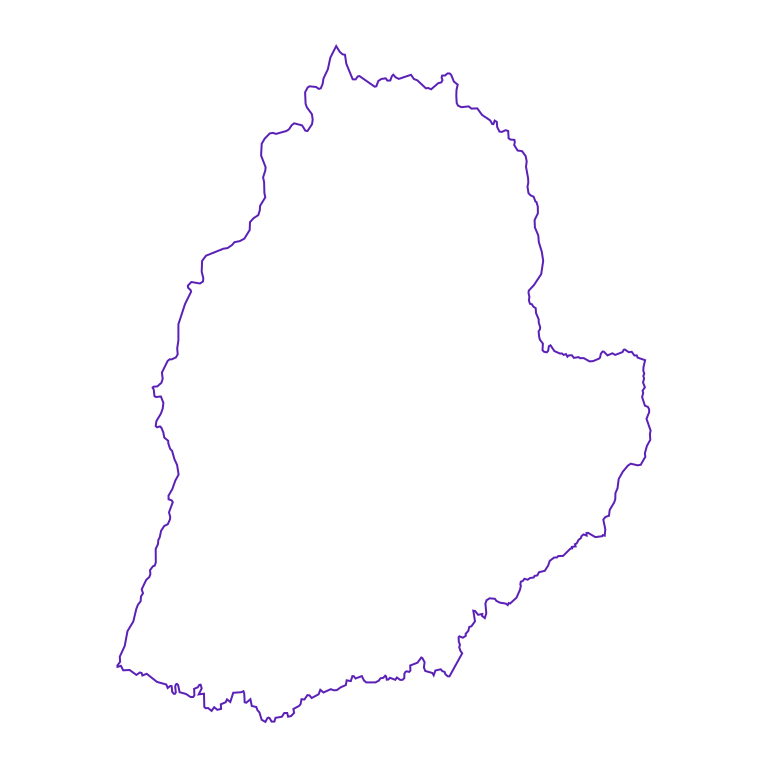 the district of Mercaderes, Cauca, Colombia
{"feature_id": "7082276B43653558961889", "entity_name": "Mercaderes", "entity_type": "district", "adm_level": 2, "iso_a3": "COL", "parent_name": "Colombia", "parent_adm1": "Cauca", "projection": "equal_earth", "projection_center": [-77.166, 1.806], "detail": "fine", "context": "isolated", "style": "outline", "palette": "violet", "viewbox_px": 768, "rotation_deg": 0, "n_neighbors": 0, "source": "geoboundaries", "source_scale": "gbopen_adm2", "svg_char_len": 6077}
<svg xmlns="http://www.w3.org/2000/svg" viewBox="0 0 768 768"><path d="M336.2,46.1L330.3,57.7L327.9,69.2L323.5,78.5L322.6,84.0L320.8,88.3L318.8,88.9L316.1,87.0L309.7,86.3L307.7,87.4L305.1,92.3L305.6,103.8L306.8,107.2L311.9,114.2L312.7,119.7L312.0,124.2L307.5,131.0L305.4,130.7L302.1,125.4L294.2,123.3L291.8,125.1L289.0,129.3L286.4,131.0L276.0,133.9L273.0,132.9L269.8,133.4L264.7,138.6L261.7,143.8L261.1,155.5L265.6,167.2L265.3,170.5L263.1,177.3L264.1,182.2L264.4,193.0L265.3,197.3L260.1,205.8L259.8,210.3L258.3,215.1L253.7,218.1L250.0,222.1L249.7,230.0L244.4,238.6L239.8,241.1L234.4,242.2L232.2,244.9L227.5,248.1L223.4,248.7L206.0,255.7L202.1,260.9L201.7,271.8L203.3,278.1L203.0,281.5L199.9,283.5L191.4,282.0L187.9,285.6L188.0,287.6L190.7,290.2L191.1,291.7L185.0,304.1L178.4,324.3L178.4,340.3L177.2,348.4L177.7,354.3L175.9,357.4L171.9,359.3L169.6,359.3L167.6,361.0L161.9,372.6L162.7,378.8L161.4,382.8L157.3,386.4L153.5,386.7L152.6,387.7L153.7,389.4L154.5,396.2L155.9,397.0L160.9,396.5L163.4,402.9L162.7,408.6L160.9,413.6L156.4,421.1L155.7,426.1L157.1,427.3L160.0,426.4L161.4,427.8L163.3,432.4L164.3,437.6L168.2,440.8L168.3,443.3L170.1,448.8L172.1,450.9L174.4,459.1L177.1,465.0L178.6,474.6L175.4,480.4L172.3,489.1L168.5,495.7L168.6,499.3L171.7,500.4L172.8,502.1L169.0,512.3L170.2,516.9L170.0,519.3L167.8,524.2L164.2,526.0L161.1,530.8L159.7,537.4L158.3,540.1L158.0,544.1L155.7,548.9L155.8,562.5L154.7,565.7L152.9,566.3L150.0,570.2L150.4,574.1L149.3,577.1L146.2,579.9L141.7,589.3L143.0,593.3L141.0,596.4L140.6,601.3L137.9,604.8L136.3,608.9L133.3,621.5L127.5,631.1L124.7,646.0L119.8,656.6L120.1,661.8L117.4,665.5L117.5,666.9L120.9,665.8L123.2,670.3L129.6,670.0L136.4,674.9L139.9,672.5L141.7,673.1L142.4,675.5L146.7,673.8L157.0,681.9L166.3,684.5L167.7,688.0L170.3,685.9L171.6,686.1L172.2,691.8L173.8,693.8L174.9,693.8L175.8,692.5L175.2,686.4L175.9,684.4L176.9,683.9L178.1,685.0L179.6,692.2L186.1,694.0L190.5,697.0L193.2,697.0L194.4,695.3L194.1,688.9L197.8,687.3L199.3,684.9L200.6,684.7L201.7,688.4L198.7,694.4L204.0,693.7L204.3,706.9L205.6,708.2L208.2,708.1L211.6,710.9L214.2,707.2L217.3,709.8L221.1,708.9L220.8,704.3L225.6,702.3L227.0,699.4L230.3,702.0L233.2,692.8L241.3,692.2L243.4,691.2L244.2,693.3L244.7,702.3L246.3,702.7L250.4,699.2L251.8,706.0L256.3,707.0L257.4,710.1L259.4,712.4L261.7,719.8L265.4,721.9L267.3,718.2L268.4,717.6L269.6,718.1L271.6,721.6L274.4,721.6L275.5,717.8L281.8,716.8L284.3,713.0L287.2,713.0L288.1,716.7L291.2,716.0L294.1,712.8L293.4,709.0L299.1,705.9L300.6,704.1L301.5,699.2L304.4,699.5L307.4,695.1L309.5,695.4L311.7,698.0L318.6,694.3L320.3,689.8L323.4,692.5L330.7,689.2L333.9,690.3L336.9,690.1L340.7,687.3L345.8,685.1L346.7,680.3L350.8,681.1L352.4,676.1L353.9,676.3L355.5,678.5L361.8,676.1L364.0,680.5L366.2,682.4L375.5,682.4L378.7,680.7L380.5,678.3L383.3,677.8L385.2,675.7L386.1,676.4L386.8,679.7L388.3,679.5L390.0,677.8L395.3,679.8L396.9,677.5L400.2,679.9L402.6,679.8L404.3,678.1L404.4,673.7L405.3,672.1L406.5,671.3L409.2,671.9L410.4,670.6L410.2,665.5L417.5,662.7L421.3,657.5L422.3,658.0L424.6,662.2L423.9,667.5L425.3,671.0L432.4,673.0L433.7,675.3L435.4,670.5L440.7,669.3L442.4,671.2L444.6,671.9L445.4,674.3L447.8,676.3L449.5,676.3L462.2,653.3L460.4,650.8L459.2,647.1L460.0,644.9L458.8,641.7L458.6,637.2L459.4,636.3L462.8,637.7L465.7,635.9L465.7,633.8L468.3,630.9L469.3,626.9L471.4,626.3L475.0,621.3L473.3,610.7L475.2,611.1L478.1,614.8L482.3,614.0L482.0,615.8L484.8,618.1L486.3,613.3L485.4,603.5L486.6,600.2L489.7,598.3L494.9,598.8L496.3,600.8L499.7,602.6L505.8,603.6L507.7,605.1L508.7,603.0L510.0,603.6L516.5,597.7L520.0,589.7L520.9,585.5L520.3,584.5L520.8,581.7L522.9,580.9L524.4,578.8L527.7,579.7L530.1,578.0L533.7,577.5L534.6,575.9L537.3,575.4L539.0,572.2L544.8,570.8L548.2,565.5L549.7,560.9L554.0,557.6L557.0,557.4L558.2,556.1L563.1,555.9L570.5,548.5L572.1,548.4L571.9,546.9L575.6,546.4L574.9,544.2L576.7,543.4L578.6,539.8L580.8,538.2L581.5,536.1L583.6,534.4L586.6,535.6L586.5,533.0L588.0,532.8L595.3,537.1L602.2,536.2L602.8,535.1L604.7,535.7L605.3,529.3L603.3,519.6L605.4,517.0L609.0,515.7L609.7,509.9L614.2,502.4L615.3,499.0L615.4,493.2L617.5,488.3L618.7,479.0L622.8,471.7L627.8,465.7L630.8,463.7L637.5,465.3L640.7,464.8L645.3,456.8L644.9,453.2L646.9,445.9L650.3,439.8L649.9,434.0L650.6,430.6L646.5,418.8L649.2,412.1L649.1,409.2L648.0,407.0L644.9,405.6L642.1,397.1L643.2,393.0L642.6,390.7L644.9,387.3L643.0,382.4L644.1,378.7L643.3,375.9L644.3,373.8L643.3,370.7L643.5,367.1L645.1,360.2L637.6,357.6L636.8,355.4L634.4,355.5L631.7,351.8L628.8,352.2L624.8,349.5L623.7,349.8L622.5,352.1L615.2,354.9L612.3,353.3L607.5,355.4L604.0,351.8L602.6,351.5L600.8,353.8L600.1,357.4L599.1,358.6L593.1,361.1L589.6,361.4L583.7,358.1L580.1,358.2L578.6,357.1L573.9,357.9L571.8,355.2L568.6,355.5L567.4,356.7L566.0,354.1L563.7,354.9L561.8,353.4L560.1,353.6L554.4,351.1L550.5,345.3L548.9,346.2L548.1,350.9L546.8,352.3L544.1,351.8L542.5,350.2L542.9,343.6L540.1,340.0L539.3,337.7L538.6,331.4L540.0,329.2L540.2,327.3L538.7,322.5L538.7,319.4L536.0,313.0L535.7,308.2L533.2,306.5L532.0,304.3L530.0,303.8L528.9,300.4L529.4,296.9L528.5,292.8L528.8,290.6L534.0,285.0L541.2,274.1L543.2,260.9L541.8,251.8L538.8,242.0L538.3,235.5L534.9,227.4L534.6,220.0L537.9,213.3L537.8,206.6L536.5,202.1L535.5,201.6L533.6,196.7L530.5,195.3L528.5,193.2L527.5,186.7L528.3,182.6L528.1,178.3L526.0,166.7L526.7,161.5L525.7,156.2L522.1,151.2L517.6,150.5L514.2,145.1L514.8,142.1L514.4,139.9L510.2,139.5L508.6,138.2L508.2,131.0L505.6,130.2L501.9,131.9L499.5,131.6L497.2,127.1L496.8,121.9L494.7,120.6L493.4,124.1L492.2,124.0L490.2,120.4L482.1,115.0L477.3,108.4L471.4,108.6L468.7,106.4L461.3,107.2L457.9,105.5L456.7,102.9L456.3,96.2L456.5,89.9L457.7,84.6L453.9,81.6L451.1,74.7L449.5,73.4L447.4,73.5L445.1,75.5L442.1,75.6L441.6,77.6L442.5,80.1L441.3,82.4L438.2,83.2L431.1,89.3L428.2,88.0L425.9,88.3L417.3,80.3L413.9,79.0L411.0,74.8L398.8,78.9L395.6,77.3L393.3,74.7L391.8,76.3L390.3,80.5L387.4,80.6L385.7,78.3L381.3,79.0L378.3,81.0L376.3,86.3L374.7,86.7L359.5,76.1L357.8,76.4L355.6,79.4L352.7,79.3L346.3,63.7L345.0,54.8L342.5,54.3L339.8,51.9L336.2,46.1Z" fill="none" stroke="#5b21b6" stroke-width="2"/></svg>